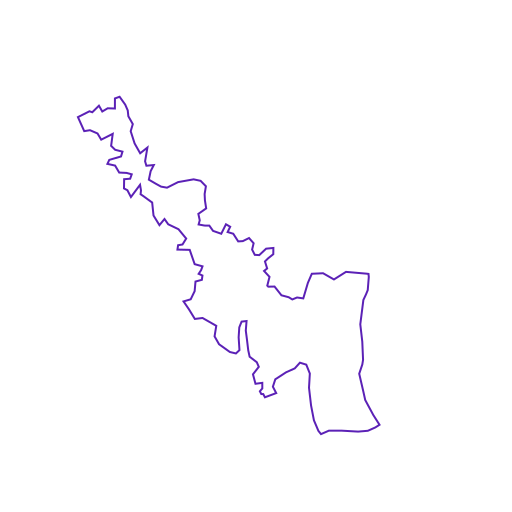 the district of Kumkurgan, Surkhandarya, Uzbekistan, rotated 331°
{"feature_id": "79887680B83701806850214", "entity_name": "Kumkurgan", "entity_type": "district", "adm_level": 2, "iso_a3": "UZB", "parent_name": "Uzbekistan", "parent_adm1": "Surkhandarya", "projection": "equal_earth", "projection_center": [67.631, 37.927], "detail": "fine", "context": "isolated", "style": "outline", "palette": "violet", "viewbox_px": 512, "rotation_deg": 331, "n_neighbors": 0, "source": "geoboundaries", "source_scale": "gbopen_adm2", "svg_char_len": 2268}
<svg xmlns="http://www.w3.org/2000/svg" viewBox="0 0 512 512"><g transform="rotate(331 256 256)"><path d="M170.6,260.6L171.5,270.0L172.0,281.4L179.2,284.3L187.4,297.8L180.8,306.2L180.9,315.3L186.6,327.3L191.2,331.5L195.9,330.3L201.4,318.7L206.8,310.3L211.6,306.4L216.2,308.3L210.9,316.3L207.7,324.4L203.5,334.7L201.6,341.0L205.2,349.3L204.7,354.3L196.0,358.0L193.6,367.5L200.0,370.0L197.3,374.9L193.8,376.2L193.7,379.3L195.4,380.3L195.3,383.9L207.2,385.7L207.4,378.5L213.1,373.2L226.0,372.3L235.4,373.1L242.7,370.6L247.3,375.4L246.1,384.9L238.5,396.9L231.7,413.4L227.0,427.8L225.8,439.2L226.5,443.3L235.1,444.1L246.4,450.4L260.2,459.1L269.1,463.1L277.2,463.8L282.2,463.5L281.5,452.0L281.7,434.9L284.1,426.8L289.2,409.0L296.4,402.4L299.3,398.7L307.4,382.5L314.1,366.3L328.6,346.5L333.6,342.9L337.2,340.0L344.5,329.0L345.7,326.2L344.2,325.1L327.0,313.5L312.8,314.3L306.3,303.6L296.2,298.6L288.3,304.7L276.8,316.0L271.8,312.2L266.7,311.6L264.6,307.9L259.2,302.7L257.4,291.7L251.9,288.8L251.5,287.4L257.7,280.8L255.8,273.0L259.7,272.3L261.2,265.1L265.5,263.9L272.0,262.8L275.1,257.4L268.4,254.5L259.3,256.8L255.5,254.4L255.7,248.5L260.1,243.7L258.6,236.9L251.7,236.6L247.5,234.6L246.9,225.5L242.8,221.3L247.6,217.9L245.1,213.7L236.4,219.7L230.6,213.2L229.9,206.8L225.7,204.4L221.1,200.6L224.1,197.5L226.0,191.2L235.5,190.2L238.3,182.6L241.1,176.9L246.0,170.7L244.0,163.4L238.6,158.7L223.7,153.6L211.3,153.1L206.6,149.3L203.4,144.2L199.3,137.3L205.0,130.7L210.7,126.9L203.9,123.9L204.9,119.4L213.6,108.5L204.5,110.0L204.4,98.7L206.9,86.1L212.2,80.9L212.1,71.9L214.4,66.5L215.0,60.2L213.9,50.6L209.0,49.8L204.1,58.6L197.9,54.9L191.6,55.1L191.5,48.4L182.5,50.9L180.5,48.7L167.6,48.2L166.3,63.5L171.8,65.5L176.8,72.0L177.0,79.2L189.9,79.7L182.7,89.4L184.3,94.8L189.8,100.0L186.2,103.5L174.3,100.8L170.7,103.4L176.6,108.6L176.8,116.7L183.1,120.6L186.9,124.3L183.4,127.4L177.9,124.9L173.3,132.9L175.4,136.1L175.2,143.8L189.1,137.5L187.2,142.9L185.0,146.0L186.6,149.2L191.1,158.9L186.0,170.9L186.5,182.2L193.9,179.3L194.6,185.7L201.2,195.0L203.4,206.9L197.3,210.3L193.1,208.8L190.4,212.3L201.0,218.5L198.4,233.4L204.2,239.1L201.2,241.7L197.2,243.8L199.7,247.1L197.1,250.6L190.7,249.0L185.3,257.0L177.9,262.2L170.6,260.6Z" fill="none" stroke="#5b21b6" stroke-width="2"/></g></svg>